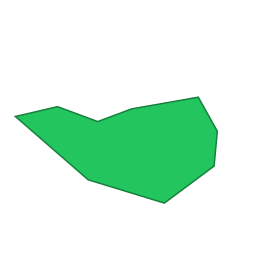 outline of St. Eustatius, rotated 315°
{"feature_id": "NLD-5148", "entity_name": "St. Eustatius", "entity_type": "Special Municipality", "adm_level": 1, "iso_a3": "NLD", "parent_name": "Netherlands", "parent_adm1": "", "projection": "albers", "projection_center": [-62.975, 17.495], "detail": "fine", "context": "isolated", "style": "filled", "palette": "green", "viewbox_px": 256, "rotation_deg": 315, "n_neighbors": 0, "source": "natural_earth", "source_scale": "10m", "svg_char_len": 284}
<svg xmlns="http://www.w3.org/2000/svg" viewBox="0 0 256 256"><g transform="rotate(315 128 128)"><path d="M56.5,40.2L93.2,63.0L111.1,102.0L144.0,117.0L199.5,155.9L188.9,193.4L162.0,215.8L100.6,206.8L63.2,136.5L56.5,40.2Z" fill="#22c55e" stroke="#15803d" stroke-width="1.5"/></g></svg>